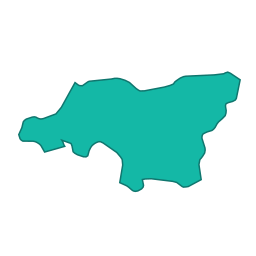 SVG path tracing the border of Sing Buri, rotated 274°
{"feature_id": "THA-414", "entity_name": "Sing Buri", "entity_type": "Province", "adm_level": 1, "iso_a3": "THA", "parent_name": "Thailand", "parent_adm1": "", "projection": "natural_earth1", "projection_center": [100.34, 14.946], "detail": "fine", "context": "isolated", "style": "filled", "palette": "teal", "viewbox_px": 256, "rotation_deg": 274, "n_neighbors": 0, "source": "natural_earth", "source_scale": "10m", "svg_char_len": 1721}
<svg xmlns="http://www.w3.org/2000/svg" viewBox="0 0 256 256"><g transform="rotate(274 128 128)"><path d="M71.9,147.5L70.1,147.2L68.2,145.8L65.9,142.2L65.3,139.7L65.6,137.7L66.3,136.4L69.0,132.8L70.1,131.0L70.7,129.6L72.9,123.6L90.7,125.3L96.2,124.4L98.6,122.6L102.8,118.5L111.3,104.3L112.3,101.8L112.4,101.4L112.3,99.8L111.8,98.5L111.0,97.0L110.2,95.8L108.2,93.6L106.9,92.7L105.6,92.0L102.6,90.8L97.5,89.8L96.3,88.2L96.2,85.5L97.8,79.4L99.1,76.7L100.5,74.9L106.2,73.4L108.6,72.2L111.2,62.9L109.8,63.9L106.7,65.2L105.3,66.2L98.2,46.5L104.5,42.3L105.8,40.8L107.1,38.5L107.9,36.4L108.2,34.3L107.6,24.0L108.4,22.4L109.7,21.1L113.8,19.5L120.9,22.1L126.8,23.1L128.3,24.1L129.8,25.9L132.2,31.7L132.6,33.8L132.4,35.4L131.7,36.8L131.2,38.3L130.9,40.0L131.1,41.6L131.6,43.2L137.0,55.1L144.0,60.1L169.6,72.0L167.1,75.9L166.9,77.3L167.0,79.6L171.2,84.7L171.9,86.0L175.7,108.0L176.6,111.2L176.8,113.6L176.6,116.6L175.4,121.7L173.5,126.3L167.9,133.4L166.3,136.1L165.8,137.6L166.2,141.8L171.4,161.5L173.4,167.0L175.1,170.3L177.1,171.4L178.5,172.9L180.9,175.9L181.6,176.9L182.6,178.8L183.1,179.8L183.7,182.1L187.0,210.4L188.8,219.8L189.7,221.1L190.7,223.6L189.7,226.4L183.9,236.5L165.0,234.0L163.4,233.1L161.8,230.5L160.4,226.5L159.8,225.3L159.0,224.2L158.8,224.0L158.5,223.9L157.3,223.7L155.7,223.9L152.4,224.7L149.8,224.7L147.1,224.1L143.9,221.4L140.4,217.9L138.3,216.5L134.6,214.8L132.7,213.4L131.4,211.9L129.6,207.2L128.1,204.5L127.2,203.2L125.6,202.5L123.1,202.4L113.4,206.2L111.3,206.5L108.4,206.2L105.0,204.4L103.0,203.1L101.5,201.9L96.5,201.3L81.6,204.6L73.8,192.2L73.3,190.0L72.9,187.4L73.4,186.1L77.1,180.4L77.9,176.3L79.0,154.7L78.4,148.9L77.6,145.9L71.9,147.5Z" fill="#14b8a6" stroke="#0f766e" stroke-width="1.5"/></g></svg>